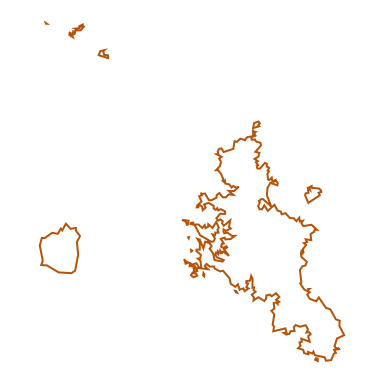 Aotea/Great Barrier Local Board Area, Auckland, New Zealand (orthographic projection)
{"feature_id": "76426892B55715625268474", "entity_name": "Aotea/Great Barrier Local Board Area", "entity_type": "district", "adm_level": 2, "iso_a3": "NZL", "parent_name": "New Zealand", "parent_adm1": "Auckland", "projection": "orthographic", "projection_center": [175.362, -36.123], "detail": "fine", "context": "isolated", "style": "outline", "palette": "amber", "viewbox_px": 384, "rotation_deg": 0, "n_neighbors": 0, "source": "geoboundaries", "source_scale": "gbopen_adm2", "svg_char_len": 6005}
<svg xmlns="http://www.w3.org/2000/svg" viewBox="0 0 384 384"><path d="M251.6,136.5L247.6,137.0L244.7,139.7L246.0,140.5L240.4,138.6L236.8,141.9L234.6,141.2L233.3,148.9L223.7,152.0L221.5,148.4L219.2,148.9L217.7,151.4L218.3,153.7L216.4,154.2L221.6,156.8L219.1,158.6L221.1,162.0L219.7,166.4L216.0,170.2L218.0,170.1L220.9,173.7L223.2,179.0L222.5,180.6L223.9,181.8L224.4,181.4L224.3,181.2L224.9,180.5L225.3,183.5L229.4,184.5L231.6,187.5L233.2,186.0L236.5,187.7L239.0,186.6L234.2,191.0L228.7,190.9L233.4,194.9L228.7,194.4L225.8,197.4L222.7,197.3L219.4,193.0L216.7,195.0L216.5,197.7L210.9,200.4L208.8,199.9L205.0,193.5L201.6,194.0L200.7,192.5L202.0,195.1L199.2,196.2L201.6,201.5L198.6,204.1L202.1,206.5L202.7,210.1L205.6,207.6L204.1,204.4L208.5,202.9L213.6,205.6L213.8,208.7L215.7,209.8L217.3,208.1L218.1,210.3L220.9,209.2L225.1,211.4L225.1,213.9L220.2,213.8L216.4,218.2L218.1,220.6L220.5,219.3L222.8,221.3L222.0,223.2L223.8,225.8L230.2,220.4L229.0,227.0L230.8,228.5L225.7,230.9L223.6,229.4L223.5,231.6L224.3,233.3L227.5,232.6L232.1,236.0L234.9,235.9L230.7,239.0L225.3,239.4L224.6,237.6L220.8,238.8L223.8,243.5L221.8,243.9L221.1,246.7L223.4,248.0L226.3,246.2L227.2,247.4L224.0,249.4L229.0,255.8L223.2,251.7L221.8,252.2L222.0,253.9L220.2,250.6L219.9,252.8L217.9,251.2L218.1,254.1L216.1,252.5L215.2,254.4L216.7,257.2L223.8,260.1L222.5,261.6L214.5,260.0L213.1,253.2L209.6,248.7L211.6,246.1L207.9,240.7L207.7,242.6L205.2,241.7L203.4,248.4L199.8,239.6L197.4,238.8L199.9,243.1L199.8,249.5L196.4,249.7L196.5,251.1L200.9,254.9L200.2,258.4L197.9,258.6L200.5,261.0L201.3,268.4L208.0,269.2L204.7,266.1L206.5,263.9L209.7,266.6L214.2,266.5L214.6,268.5L220.0,271.4L223.0,270.7L229.6,278.4L230.7,283.8L235.3,286.8L237.9,284.3L239.6,289.7L243.4,288.4L244.6,291.2L248.6,288.5L246.4,287.2L248.1,283.5L246.4,283.2L246.3,281.2L250.2,280.5L251.2,276.0L252.6,278.9L252.4,287.8L254.0,287.5L253.6,290.1L255.6,291.8L251.8,294.7L253.9,297.4L253.5,300.5L258.4,297.2L264.3,301.0L266.2,298.7L266.3,295.5L270.1,294.6L271.6,296.3L276.0,293.2L279.3,297.0L276.1,299.8L279.1,301.8L277.0,302.7L277.6,303.5L277.6,303.8L277.6,304.0L276.1,302.4L273.7,303.0L274.3,308.6L271.4,310.8L274.3,314.3L272.6,324.8L274.0,326.4L273.3,331.3L285.4,328.4L286.5,332.5L283.8,332.9L286.4,334.6L289.5,333.8L290.5,331.2L294.5,331.1L293.9,327.1L295.6,325.1L300.1,326.7L305.7,325.2L308.0,329.3L306.5,332.6L309.2,332.2L310.6,334.2L308.1,336.2L309.7,341.7L301.3,338.7L301.8,341.7L299.5,342.4L300.5,345.7L298.1,348.3L303.2,349.8L304.1,353.1L308.3,354.3L308.1,352.0L312.2,353.5L313.4,351.7L314.7,355.2L324.8,357.3L325.9,360.7L331.2,360.1L333.9,353.6L335.9,352.9L334.0,349.8L336.9,348.7L334.5,346.5L337.0,338.5L344.2,335.2L339.4,326.0L339.7,320.7L335.8,319.3L330.3,309.3L325.9,307.9L318.8,297.4L316.2,301.3L309.7,298.8L307.2,294.5L309.7,292.2L304.2,289.5L300.2,283.4L301.3,282.6L300.0,270.0L302.4,266.3L305.3,265.6L306.9,261.9L301.4,256.9L301.0,253.5L301.7,249.7L301.6,254.5L303.5,252.4L302.9,249.2L306.1,244.9L303.9,243.1L307.0,242.1L305.7,239.3L311.2,240.1L310.5,234.1L314.2,231.7L314.6,229.7L317.0,229.8L311.5,224.8L303.2,226.1L301.4,223.0L302.9,220.7L299.8,221.4L299.3,217.7L296.5,221.2L293.8,218.3L289.8,217.9L285.5,213.2L281.7,214.3L280.7,211.5L277.5,210.6L274.5,204.8L267.8,210.8L264.3,205.3L262.1,209.2L259.6,209.3L258.1,206.1L259.9,202.2L258.9,201.0L261.2,199.2L263.0,199.1L271.3,206.5L266.9,195.6L267.5,187.9L270.4,182.9L277.3,185.3L277.7,183.0L276.1,180.8L274.5,181.4L275.0,180.1L272.2,181.4L271.8,177.6L269.2,180.1L268.1,179.3L267.4,174.1L268.9,171.4L267.6,170.6L269.2,168.0L266.8,166.5L266.8,163.7L265.0,162.9L259.8,168.7L257.4,168.4L256.7,165.7L258.2,165.1L255.9,162.3L257.8,161.1L254.5,158.9L258.3,156.7L259.4,152.8L255.4,151.8L261.0,145.4L260.5,142.8L256.6,141.7L254.7,139.9L255.7,139.4L251.6,139.7L251.6,136.5ZM65.9,223.7L62.3,230.4L60.9,228.6L57.8,233.8L52.2,232.8L44.7,238.1L41.8,237.9L39.8,245.6L42.8,260.9L41.2,265.0L46.9,265.4L58.7,272.4L71.5,273.2L75.1,270.6L78.2,254.6L76.9,242.1L80.0,236.1L75.8,230.5L75.9,228.0L70.6,228.8L65.9,223.7ZM216.2,222.0L212.5,227.9L208.3,224.2L208.2,226.7L205.5,228.2L204.7,225.1L202.3,228.0L198.5,224.5L194.3,224.5L200.1,235.2L211.4,241.8L213.7,241.4L214.9,238.4L212.5,234.4L215.1,235.2L215.3,232.5L218.4,232.7L217.5,229.7L218.8,227.5L216.2,222.0ZM311.7,186.0L309.2,187.3L310.1,190.2L307.9,188.6L308.5,192.8L305.6,193.4L305.1,195.4L308.3,202.9L319.8,195.3L318.6,192.8L322.1,191.9L320.4,191.9L321.1,190.5L319.1,188.5L311.9,187.9L311.7,186.0ZM104.5,50.1L100.3,51.1L98.7,55.2L108.0,58.1L108.0,55.3L104.2,54.9L103.2,51.3L104.5,50.1ZM258.5,121.5L254.0,123.2L253.2,128.0L259.2,126.3L258.2,125.2L259.9,123.3L258.5,121.5ZM192.4,264.6L189.9,263.2L189.6,266.3L194.9,266.2L195.8,267.7L194.3,268.2L196.9,269.7L196.5,268.2L199.6,268.1L196.2,263.2L192.4,264.6ZM82.6,24.6L79.9,25.9L81.7,26.6L79.4,26.6L79.4,28.1L75.0,28.6L76.6,29.3L75.6,30.4L80.6,30.4L83.7,26.7L82.3,26.6L82.6,24.6ZM193.8,270.2L193.9,273.3L192.6,272.7L190.9,275.2L193.6,277.3L197.2,275.7L193.8,270.2ZM188.6,220.7L182.0,219.9L186.1,221.8L186.8,224.8L188.2,224.3L188.6,220.7ZM253.1,129.5L253.1,135.0L252.3,136.8L255.5,135.6L254.0,133.5L255.7,132.0L253.5,131.6L253.1,129.5ZM184.1,259.1L185.6,263.7L188.8,262.6L186.1,261.5L184.1,259.1ZM317.8,361.0L317.7,358.6L315.9,358.2L315.2,359.8L317.8,361.0ZM69.7,32.7L69.3,34.9L72.8,37.1L71.4,33.8L69.7,32.7ZM193.1,222.6L190.9,222.8L190.7,223.9L193.3,224.6L193.1,222.6ZM73.4,31.6L73.8,32.8L72.5,35.0L74.6,33.8L75.0,32.2L73.4,31.6ZM336.8,349.5L339.1,349.1L338.3,348.1L336.8,349.5ZM197.2,205.5L196.7,207.4L198.3,207.3L198.8,206.2L197.2,205.5ZM204.2,276.4L204.4,274.4L203.5,273.0L203.1,275.5L204.2,276.4ZM308.3,290.1L309.5,289.0L308.2,289.0L308.3,290.1ZM237.1,292.7L236.3,291.2L235.1,290.9L235.9,292.3L237.1,292.7ZM191.2,251.5L192.3,250.7L191.0,249.9L191.2,251.5ZM46.9,23.8L45.7,23.0L46.0,23.8L46.9,23.8ZM188.7,238.2L189.0,237.1L188.2,237.3L188.7,238.2ZM196.2,271.1L197.1,271.0L196.8,270.2L196.2,271.1ZM83.6,25.8L82.6,25.4L82.5,25.8L83.6,25.8ZM72.6,32.9L72.6,33.0L73.1,32.7L72.6,32.9Z" fill="none" stroke="#b45309" stroke-width="2"/></svg>